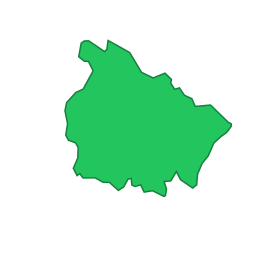 Ballymena, Albers equal-area conic projection, rotated 218°
{"feature_id": "GBR-2094", "entity_name": "Ballymena", "entity_type": "District", "adm_level": 1, "iso_a3": "GBR", "parent_name": "United Kingdom", "parent_adm1": "", "projection": "albers", "projection_center": [-6.275, 54.902], "detail": "fine", "context": "isolated", "style": "filled", "palette": "green", "viewbox_px": 256, "rotation_deg": 218, "n_neighbors": 0, "source": "natural_earth", "source_scale": "10m", "svg_char_len": 953}
<svg xmlns="http://www.w3.org/2000/svg" viewBox="0 0 256 256"><g transform="rotate(218 128 128)"><path d="M48.0,193.5L47.7,193.2L47.5,187.6L47.7,184.4L49.5,178.5L49.5,178.4L51.1,169.0L47.6,155.5L47.8,145.9L44.8,134.5L38.9,125.5L40.0,120.5L54.7,119.6L63.0,123.4L61.7,112.6L66.6,108.1L60.0,103.5L56.9,97.8L57.5,96.2L70.0,93.7L75.8,87.4L83.0,91.0L86.4,86.3L89.8,85.4L94.4,90.2L96.5,87.7L95.1,78.9L97.1,72.9L109.1,73.7L114.2,69.9L123.2,68.5L132.8,60.9L137.9,62.4L138.8,59.1L146.3,62.6L149.1,73.4L155.3,82.0L160.3,84.0L167.3,81.7L172.6,84.0L178.4,94.3L188.3,102.8L192.0,110.2L191.0,123.8L187.3,131.1L190.7,151.6L200.2,156.1L203.6,153.7L210.7,153.8L217.1,166.0L216.1,169.6L212.6,172.5L193.6,173.8L193.1,177.0L197.6,184.7L173.2,188.5L151.6,180.2L139.0,182.9L132.6,194.0L123.7,193.0L121.8,189.6L115.1,187.2L112.2,191.3L103.7,188.5L95.7,190.4L88.3,186.4L77.1,196.9L52.5,194.2L49.4,194.9L48.0,193.5Z" fill="#22c55e" stroke="#15803d" stroke-width="1.5"/></g></svg>